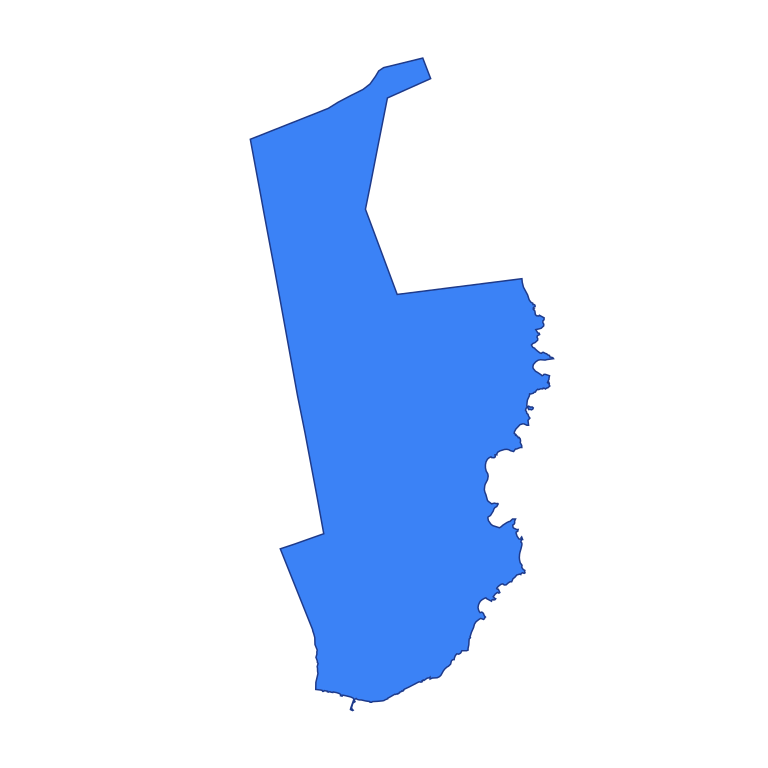 Aleipata itupa i Lalo, Atua, Samoa, rotated 69°
{"feature_id": "51752279B65562050624331", "entity_name": "Aleipata itupa i Lalo", "entity_type": "district", "adm_level": 2, "iso_a3": "WSM", "parent_name": "Samoa", "parent_adm1": "Atua", "projection": "mercator", "projection_center": [-171.461, -13.991], "detail": "fine", "context": "isolated", "style": "filled", "palette": "blue", "viewbox_px": 768, "rotation_deg": 69, "n_neighbors": 0, "source": "geoboundaries", "source_scale": "gbopen_adm2", "svg_char_len": 5289}
<svg xmlns="http://www.w3.org/2000/svg" viewBox="0 0 768 768"><g transform="rotate(69 384 384)"><path d="M179.2,434.4L220.1,441.9L237.2,445.0L263.3,449.9L363.8,468.9L401.6,475.3L465.7,487.0L502.2,493.9L501.8,508.9L501.4,524.7L500.7,539.9L587.6,538.7L589.0,539.0L592.0,539.1L596.0,539.5L602.5,541.8L608.5,541.7L610.0,542.7L612.2,543.5L614.8,545.5L618.9,545.5L619.7,546.0L621.3,545.7L623.9,547.7L625.4,547.9L628.5,549.0L630.6,549.4L638.1,554.5L644.7,557.2L646.9,553.0L647.8,551.6L649.0,551.4L649.3,550.4L648.8,549.7L650.6,546.8L651.1,547.1L651.8,546.1L651.8,544.7L652.7,544.0L653.7,542.3L653.3,541.8L655.1,538.9L657.0,536.6L658.6,535.6L659.4,536.3L660.4,535.0L659.7,534.0L661.2,531.6L664.2,527.3L666.0,525.5L667.4,525.0L674.7,531.2L675.9,532.0L677.6,530.4L677.5,529.7L676.0,530.3L674.6,530.3L671.6,528.1L670.7,527.2L670.2,524.9L668.6,525.2L667.9,524.2L667.6,522.7L668.8,522.1L670.0,520.4L670.9,518.3L673.4,514.6L675.3,511.2L676.1,511.1L676.7,509.5L676.4,508.5L677.9,503.9L679.2,499.2L679.5,497.6L679.2,495.8L679.2,493.3L678.7,493.1L678.3,490.2L677.5,485.2L677.9,484.6L678.0,482.1L678.3,482.1L677.9,480.2L677.4,480.0L677.4,478.2L676.9,477.2L677.5,476.6L677.1,475.4L676.5,475.3L676.2,474.2L675.9,469.6L674.8,460.1L674.6,458.0L675.6,456.3L675.6,455.0L674.6,454.8L674.5,453.2L675.1,453.0L674.1,449.2L674.5,446.8L674.2,446.1L676.0,446.7L675.8,444.4L677.3,439.6L677.1,437.1L676.3,435.2L673.1,431.4L671.8,429.3L670.8,426.6L670.6,425.0L669.4,422.2L667.5,420.9L666.5,420.1L666.0,418.6L666.5,417.3L665.2,416.6L663.2,414.8L662.0,412.8L663.0,411.0L662.7,409.1L662.2,408.3L660.9,406.9L662.6,402.5L662.6,400.9L661.0,400.3L657.9,398.3L652.6,395.9L651.8,394.2L650.9,394.3L647.2,391.4L643.5,387.7L640.6,385.6L638.9,383.2L637.8,379.6L637.5,377.7L639.5,375.4L639.0,374.2L638.2,373.7L637.9,372.8L636.3,373.4L633.7,373.4L632.0,374.4L631.9,376.2L630.6,376.6L628.6,376.7L626.3,376.3L624.0,374.9L622.5,373.4L621.3,371.9L620.5,369.6L620.1,367.1L620.1,365.5L621.2,365.1L625.3,361.5L624.4,360.9L624.2,359.4L625.0,358.9L625.1,357.6L624.5,356.7L623.9,357.3L621.8,358.3L620.0,355.5L619.2,352.9L620.4,351.7L620.2,350.6L616.6,350.8L616.1,351.8L615.1,352.0L613.9,349.9L612.9,346.5L613.2,344.7L614.7,343.8L615.3,342.0L614.3,339.4L613.8,337.2L614.4,335.7L612.1,333.4L611.3,331.0L609.9,328.5L610.1,325.5L610.9,324.6L610.3,324.2L609.8,322.4L611.0,321.0L610.8,320.0L609.8,320.1L608.5,319.3L607.1,320.5L604.5,321.1L602.7,320.1L599.7,320.9L596.8,320.5L594.6,319.9L591.4,318.4L590.0,317.5L586.7,315.0L583.6,312.9L581.9,312.3L580.5,312.8L578.7,311.5L578.9,310.3L576.1,310.3L576.5,311.1L577.8,311.5L577.6,312.6L576.9,313.6L573.6,314.3L570.4,314.1L569.5,313.5L569.5,312.0L567.9,310.9L567.5,312.2L564.8,314.7L564.1,314.9L561.9,314.4L561.4,312.6L560.6,311.8L558.8,311.2L557.2,309.6L556.1,312.4L557.4,315.6L557.2,316.7L557.4,319.0L558.4,323.7L559.2,325.7L559.6,327.7L555.2,333.2L553.3,334.4L549.0,335.5L546.1,335.0L545.4,334.4L544.9,331.7L541.8,327.6L540.1,326.2L539.1,324.7L538.8,322.6L536.9,320.4L536.3,320.6L535.9,322.0L534.8,323.6L534.4,326.5L530.9,328.7L529.7,329.1L523.6,328.5L521.4,328.6L518.6,328.2L515.1,326.4L513.9,325.5L510.3,321.5L507.4,319.8L505.2,319.3L501.9,319.8L498.8,319.4L495.8,318.3L493.3,316.7L491.3,314.4L490.6,312.6L490.3,310.2L491.3,309.9L492.3,307.6L491.9,306.2L489.9,305.7L490.6,304.0L489.7,303.8L488.4,302.2L488.0,299.5L488.3,294.9L489.0,292.7L490.1,291.0L491.6,289.8L493.5,287.2L491.8,284.6L492.2,283.4L492.1,279.6L492.7,278.1L490.8,277.5L487.5,277.8L486.1,276.9L484.1,276.5L482.3,277.0L482.3,277.9L480.7,278.0L479.1,279.5L478.5,278.9L476.8,280.1L475.4,279.4L473.3,277.0L470.7,271.6L470.9,268.8L471.4,267.6L473.7,265.4L474.3,263.8L469.5,262.6L468.1,260.0L466.0,260.6L463.9,260.4L462.7,261.2L460.8,260.9L459.2,261.3L457.5,259.9L457.2,259.2L457.7,258.1L459.7,258.1L460.0,256.8L461.0,255.5L460.7,254.0L459.8,253.2L458.6,253.8L458.0,255.6L456.5,256.9L456.8,257.8L455.7,258.6L452.4,257.0L450.3,255.8L447.1,252.5L445.4,251.6L445.9,250.7L446.1,247.9L445.5,246.7L445.8,245.6L444.6,244.1L444.0,242.3L444.7,241.6L444.6,239.5L445.5,237.5L444.9,236.9L445.6,235.6L446.5,235.2L446.0,233.0L446.3,232.5L445.3,229.9L443.7,230.1L442.9,229.5L441.5,229.5L441.9,230.5L441.3,230.9L438.6,228.2L437.5,227.8L435.6,226.5L432.8,229.9L432.3,231.2L432.9,232.3L432.9,233.5L431.6,234.1L428.2,236.5L426.4,238.0L423.1,239.1L421.6,239.0L419.4,237.6L417.7,234.5L417.0,231.5L417.4,229.2L419.4,225.0L419.6,223.1L421.1,216.7L419.9,217.0L418.2,219.4L416.6,219.3L415.8,220.4L414.0,221.4L413.3,222.4L411.5,223.9L411.3,224.9L411.8,226.0L411.1,227.1L408.3,228.9L405.3,230.4L404.6,230.5L403.1,232.0L400.4,232.4L399.5,230.4L399.5,228.2L398.2,224.9L396.8,224.2L395.2,224.4L393.9,223.5L393.6,221.0L392.2,220.9L391.5,222.1L387.6,222.8L388.1,219.5L388.3,217.3L387.0,214.1L385.4,213.4L383.6,213.7L382.0,213.0L381.4,211.6L379.6,210.8L375.5,214.3L376.0,215.1L375.0,217.1L373.4,217.8L369.9,217.0L367.9,217.8L367.6,216.8L366.6,217.5L366.0,216.8L365.9,215.2L364.6,214.8L363.7,215.3L363.3,216.4L362.0,216.1L360.2,217.6L357.4,218.3L352.3,218.0L343.6,219.1L338.7,218.5L335.1,217.5L305.1,339.6L214.2,338.7L193.1,325.3L160.0,304.6L118.2,278.3L115.6,231.0L93.6,231.0L88.5,271.0L89.8,276.7L93.8,281.8L98.9,289.5L101.5,298.1L102.8,311.6L104.5,325.9L106.7,337.3L107.6,421.1L147.1,428.4L165.5,431.8L179.2,434.4Z" fill="#3b82f6" stroke="#1e3a8a" stroke-width="1.5"/></g></svg>